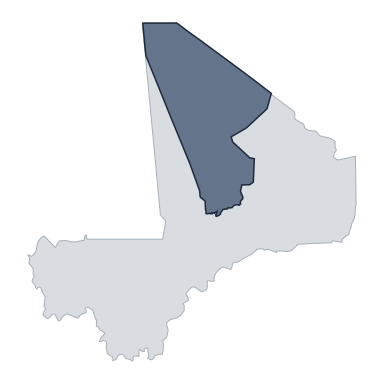 Tombouctou, Timbuktu, Mali (highlighted)
{"feature_id": "8926073B54989133575544", "entity_name": "Tombouctou", "entity_type": "district", "adm_level": 2, "iso_a3": "MLI", "parent_name": "Mali", "parent_adm1": "Timbuktu", "projection": "robinson", "projection_center": [-3.022, 20.751], "detail": "fine", "context": "in_parent", "style": "filled", "palette": "slate", "viewbox_px": 384, "rotation_deg": 0, "n_neighbors": 0, "source": "geoboundaries", "source_scale": "gbopen_adm2", "svg_char_len": 6284}
<svg xmlns="http://www.w3.org/2000/svg" viewBox="0 0 384 384"><path d="M45.2,309.5L45.4,307.8L44.1,306.6L44.1,306.0L44.8,301.1L44.8,299.8L45.3,297.3L44.5,296.2L44.3,295.3L42.2,292.1L41.6,289.4L40.5,287.6L38.1,287.0L37.2,288.5L36.6,288.8L35.7,287.7L35.3,286.7L35.4,285.9L32.2,281.6L32.4,279.3L33.6,278.1L34.1,276.1L33.0,273.8L33.2,271.6L33.0,268.5L31.2,265.9L30.0,264.7L28.9,262.8L29.8,258.5L27.9,254.8L31.4,256.3L33.1,254.9L34.7,253.1L36.1,250.6L36.7,247.5L37.0,244.9L38.5,240.8L40.2,238.8L43.6,236.0L44.6,236.3L50.2,242.3L53.4,245.4L54.5,247.1L55.6,247.1L57.2,244.1L58.9,241.5L59.6,240.9L65.3,240.5L68.2,241.0L70.9,241.8L74.6,242.0L84.4,240.1L84.6,238.9L84.5,237.4L84.9,236.3L85.7,235.3L86.4,235.1L86.7,238.5L87.5,239.1L89.8,239.2L162.7,239.2L165.7,221.3L160.4,214.8L142.3,23.2L177.0,23.1L182.9,27.5L294.2,111.7L294.8,114.4L294.7,118.2L295.5,119.3L297.1,120.5L303.5,124.1L304.0,124.8L304.2,126.3L305.0,128.2L306.3,129.2L307.9,130.0L309.8,130.6L315.5,131.1L316.8,132.0L319.3,135.3L320.6,136.0L328.4,137.8L330.9,138.7L333.6,140.2L335.1,141.5L335.1,146.8L336.2,150.2L336.1,151.0L334.9,152.4L334.6,153.4L333.3,156.1L333.5,157.2L336.2,159.2L337.6,159.8L339.1,159.8L355.4,156.3L356.1,205.1L355.4,205.8L355.1,214.5L353.9,219.6L351.9,223.4L350.6,229.0L349.8,230.1L349.2,233.3L348.0,235.2L345.9,235.9L342.2,239.5L341.9,242.4L333.1,240.8L332.5,240.8L332.1,241.2L331.9,242.7L309.2,243.6L298.1,244.3L291.1,250.9L286.6,251.5L280.9,251.0L278.0,250.9L276.8,251.3L276.6,252.5L267.6,249.1L264.2,250.2L263.7,249.8L263.2,249.1L261.6,248.7L259.0,248.9L257.1,249.4L251.4,254.6L248.3,255.9L242.6,259.0L238.6,261.7L237.1,262.2L234.9,262.3L233.0,262.9L231.4,268.8L230.3,269.4L223.4,267.0L222.0,267.4L220.8,268.1L217.0,271.6L215.1,274.4L214.1,278.1L214.2,280.5L213.6,281.2L211.8,281.4L208.6,280.7L207.6,281.0L207.2,282.8L207.3,286.9L206.6,289.6L204.7,290.4L203.2,291.5L202.1,291.8L201.1,291.6L195.6,287.5L193.7,286.8L191.6,287.3L189.7,289.0L186.1,293.3L186.5,294.8L187.5,296.5L188.2,298.7L188.1,300.7L183.1,303.4L184.2,305.5L184.1,311.0L181.7,313.6L180.9,315.2L178.7,317.0L176.7,318.0L170.6,319.5L168.1,321.2L166.9,322.6L166.6,324.2L166.9,325.9L168.1,329.6L167.7,332.9L166.7,336.8L165.7,338.5L162.8,340.5L163.3,343.0L163.5,346.7L163.0,351.4L162.1,354.5L161.5,354.2L158.7,354.4L155.7,355.4L154.7,356.1L154.5,357.2L151.9,359.8L150.3,359.6L148.7,358.9L147.8,358.3L147.8,357.9L148.8,355.8L148.8,355.1L147.8,351.5L148.0,350.6L147.6,347.9L147.4,347.7L144.1,348.9L144.0,349.5L144.5,351.2L144.2,351.5L143.0,351.5L141.3,350.9L139.6,349.3L139.1,349.8L138.9,351.1L138.8,352.6L139.2,355.3L138.8,356.3L136.0,356.1L133.6,356.4L133.0,357.4L132.8,358.5L133.3,359.7L133.2,360.2L132.3,361.0L131.8,360.9L130.5,359.6L125.4,358.3L124.9,356.5L124.3,356.5L122.7,354.2L122.0,354.3L121.4,354.6L119.4,354.5L117.6,356.4L116.3,358.8L114.9,360.0L112.8,360.5L113.1,359.0L112.5,356.9L108.0,354.3L107.3,353.2L106.2,347.2L106.3,345.4L106.6,343.8L106.4,342.6L106.0,341.7L104.6,340.8L103.2,340.4L101.4,341.5L100.6,341.8L99.8,341.7L99.4,341.3L99.4,340.7L101.4,337.4L102.3,336.1L104.2,334.5L104.7,333.8L104.8,333.1L104.6,332.7L103.3,332.1L101.4,330.6L100.4,330.4L99.5,329.8L98.6,327.4L98.1,327.0L97.2,326.7L96.4,326.2L96.5,320.5L94.6,316.3L92.9,310.9L92.0,309.6L90.5,308.5L88.6,307.7L86.9,307.6L85.0,308.2L85.1,308.7L86.1,310.4L86.3,311.4L86.1,312.3L85.7,312.9L83.2,313.5L79.7,315.5L78.6,317.8L77.8,318.0L76.5,317.8L67.4,313.9L63.6,315.6L61.1,318.9L60.5,320.1L59.4,321.0L58.7,321.0L58.1,320.4L55.4,315.3L54.3,314.1L52.9,314.0L51.7,314.8L50.4,316.6L48.8,318.2L47.7,318.6L46.9,318.4L43.1,314.9L43.0,314.2L44.7,310.1L45.2,309.5Z" fill="#d9dde1" stroke="#a8b0b8" stroke-width="1"/><path d="M254.3,158.7L249.7,157.8L232.7,142.0L231.2,136.8L246.3,128.0L254.2,120.7L267.0,108.8L271.3,93.4L271.1,93.3L270.5,92.8L270.4,92.7L269.9,92.3L269.7,92.1L268.6,91.3L268.5,91.2L268.3,91.1L266.2,89.5L265.6,89.1L265.0,88.6L264.8,88.4L264.2,88.0L264.1,87.9L261.6,85.9L256.1,81.7L251.9,78.5L248.9,76.3L243.5,72.2L241.4,70.7L238.7,68.6L238.1,68.2L237.6,67.9L237.0,67.4L236.3,66.9L235.9,66.6L235.7,66.4L232.3,63.9L227.9,60.7L227.1,60.0L226.8,59.8L226.5,59.6L226.3,59.5L225.8,59.1L224.4,58.1L224.2,57.9L223.7,57.5L223.6,57.4L223.1,57.1L222.9,56.9L221.9,56.2L221.2,55.7L220.7,55.3L219.9,54.7L219.0,54.1L218.7,53.8L218.5,53.7L217.6,53.0L215.6,51.6L214.1,50.5L212.5,49.3L212.2,49.1L210.2,47.6L208.3,46.3L208.3,46.2L207.5,45.6L205.8,44.4L203.7,42.8L202.8,42.2L202.7,42.0L201.0,40.8L195.3,36.7L195.2,36.7L194.8,36.4L193.0,35.1L192.7,34.9L186.1,30.1L181.5,26.6L180.2,25.6L177.8,23.9L177.4,23.6L176.7,23.0L173.4,23.1L168.7,23.1L167.9,23.1L161.7,23.1L153.8,23.1L148.1,23.1L144.8,23.1L142.9,23.1L142.8,23.3L142.8,23.6L142.9,24.6L143.3,29.3L144.1,37.2L144.5,42.0L144.8,45.9L145.0,47.1L145.2,48.9L145.3,50.0L145.3,50.4L145.5,51.8L145.5,52.2L145.6,52.8L145.6,53.1L145.7,53.7L145.7,53.9L145.8,54.7L145.8,55.5L145.9,55.8L163.8,99.9L170.2,115.8L190.0,164.0L199.6,190.8L199.9,193.3L200.0,195.9L200.5,197.5L202.6,199.0L205.1,201.2L205.4,207.7L205.5,209.7L205.7,210.3L205.9,210.8L206.1,211.4L206.2,212.0L206.1,212.6L205.9,213.1L205.9,213.3L206.2,213.7L206.6,213.5L207.1,213.8L207.7,213.8L208.1,213.7L208.5,213.7L208.9,213.6L209.2,213.4L209.4,213.4L209.7,213.4L210.4,213.6L210.8,213.8L211.0,213.7L211.1,213.4L211.2,213.1L211.3,213.0L211.5,213.0L211.8,213.0L212.0,212.9L212.3,212.9L212.4,213.0L212.5,213.1L212.5,213.3L212.6,213.2L212.9,213.2L213.1,213.0L213.2,212.9L213.3,212.9L213.5,212.7L213.8,212.7L214.0,212.8L214.3,213.1L214.5,213.3L214.6,213.2L214.8,212.8L214.8,212.7L215.0,212.6L215.3,212.3L215.5,212.2L215.7,212.3L215.9,212.3L216.0,212.4L216.2,212.2L216.3,212.1L216.3,211.9L216.2,211.9L216.3,211.9L216.5,211.8L216.8,211.9L217.0,211.6L217.0,212.0L216.3,213.9L215.9,214.6L215.8,215.4L215.9,216.1L216.8,216.3L218.9,215.4L220.7,213.7L220.4,213.1L220.4,212.6L221.2,211.9L221.9,211.1L222.0,210.9L222.8,209.5L223.2,209.4L223.7,209.5L224.0,209.4L224.7,209.1L225.3,209.0L225.7,209.1L226.4,209.1L227.0,209.0L227.6,208.7L227.8,208.0L228.2,207.8L228.6,208.0L229.2,207.9L230.8,207.8L231.9,207.7L234.0,205.5L234.3,205.3L235.5,204.9L236.5,204.7L238.2,204.8L238.6,205.2L239.1,205.3L239.5,205.1L240.0,204.1L240.7,204.0L240.2,202.2L240.9,200.7L242.6,199.0L242.9,197.3L242.4,195.9L240.5,191.4L241.8,185.0L249.7,184.7L253.3,182.2L254.3,158.7Z" fill="#64748b" stroke="#1e293b" stroke-width="1.5"/></svg>